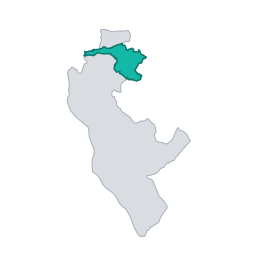 where Niari sits in Republic of the Congo, rotated 131°
{"feature_id": "COG-3345", "entity_name": "Niari", "entity_type": "Region", "adm_level": 1, "iso_a3": "COG", "parent_name": "Republic of the Congo", "parent_adm1": "", "projection": "albers", "projection_center": [12.665, -3.355], "detail": "fine", "context": "in_parent", "style": "filled", "palette": "teal", "viewbox_px": 256, "rotation_deg": 131, "n_neighbors": 0, "source": "natural_earth", "source_scale": "10m", "svg_char_len": 7917}
<svg xmlns="http://www.w3.org/2000/svg" viewBox="0 0 256 256"><g transform="rotate(131 128 128)"><path d="M54.2,191.7L55.3,188.7L56.2,187.3L57.3,186.3L61.5,183.9L62.1,184.0L65.1,187.1L66.0,187.4L67.0,187.3L68.3,187.4L68.9,186.8L69.0,186.0L68.1,185.1L67.9,184.2L68.6,183.1L68.9,182.0L69.8,180.6L69.9,180.0L69.0,179.3L67.0,178.2L65.6,177.2L65.1,176.2L65.5,175.0L66.6,173.9L66.5,173.4L65.5,172.5L64.8,171.5L64.1,170.9L62.1,170.5L62.5,169.2L63.2,167.3L63.4,165.8L62.9,161.9L62.9,161.2L63.5,160.8L64.6,161.2L65.8,161.8L69.1,161.0L70.2,160.8L71.2,161.6L72.5,162.2L80.0,160.5L80.1,158.9L80.5,157.4L80.6,156.3L80.3,155.5L79.9,155.0L79.7,153.9L79.7,152.7L80.4,152.1L82.8,150.7L83.5,150.7L85.2,151.5L86.8,152.7L88.2,155.3L89.1,157.5L90.7,160.2L93.9,161.3L97.8,162.0L99.9,161.8L103.0,159.5L104.7,157.8L105.2,156.8L106.2,157.3L107.3,159.6L108.1,160.6L108.2,161.4L107.7,162.5L108.2,163.2L110.3,163.7L112.2,163.3L113.0,162.3L114.4,161.0L114.4,160.0L113.6,159.3L113.6,158.4L114.4,157.6L115.2,155.6L115.4,154.1L116.1,153.2L117.5,152.5L118.0,151.9L118.8,148.4L118.4,147.2L118.4,146.1L119.3,144.8L119.4,142.6L118.6,133.9L119.9,127.0L119.8,126.1L118.8,125.0L117.6,124.0L114.6,123.2L113.4,121.9L112.5,120.6L111.9,120.1L108.5,119.6L107.8,118.8L108.1,116.6L108.4,113.4L108.2,111.1L108.8,109.3L109.5,107.9L111.0,106.4L111.8,104.7L112.2,104.3L115.1,104.0L116.1,103.3L116.9,102.6L117.2,101.6L118.2,100.0L119.1,98.9L119.2,98.2L119.0,97.2L118.1,95.2L117.1,93.5L116.5,92.9L115.3,88.9L114.1,88.0L111.8,87.5L107.6,87.0L105.1,87.7L101.2,89.1L96.2,90.5L95.1,90.4L94.6,89.7L95.3,89.2L95.7,88.0L95.2,86.3L94.5,84.7L94.1,82.5L94.2,79.8L95.0,77.2L96.5,73.9L96.6,72.5L106.1,72.6L116.2,72.5L120.1,72.6L122.0,71.8L123.8,73.1L124.6,73.4L124.9,73.3L125.6,74.2L127.8,74.1L128.2,74.3L128.4,75.4L130.4,75.4L131.4,75.7L132.2,75.7L133.4,75.0L134.3,75.2L135.8,76.1L136.9,76.8L138.5,76.6L142.1,76.7L144.9,77.4L147.6,79.3L149.5,80.4L151.1,82.1L151.7,81.8L152.6,81.2L152.6,79.8L151.7,77.4L151.4,75.3L151.6,73.7L152.3,72.5L153.5,71.8L153.6,70.5L159.3,59.5L159.1,58.3L159.2,56.4L159.5,54.3L159.5,53.0L159.9,52.2L161.3,47.2L162.1,46.4L163.4,45.8L165.2,45.8L169.9,45.4L174.3,44.6L175.7,44.3L178.5,43.0L179.5,42.9L180.5,43.4L185.8,45.0L187.2,45.6L187.7,45.5L188.5,45.6L189.8,45.6L191.0,45.5L191.8,45.6L192.7,46.6L193.4,46.5L194.2,45.8L195.9,45.1L198.9,44.3L199.4,44.7L200.5,46.5L201.6,47.1L201.8,50.5L199.2,57.9L193.6,67.8L190.8,75.7L190.8,81.4L190.5,85.0L189.6,87.2L187.4,93.2L187.0,98.3L187.8,104.6L187.0,110.5L184.7,116.1L183.7,120.5L184.3,125.8L180.1,130.3L174.9,134.6L171.5,135.9L168.9,137.4L167.1,139.0L165.1,142.0L162.0,148.3L160.3,151.1L158.2,153.4L155.1,156.3L153.9,157.7L153.5,159.7L153.6,163.3L153.9,174.4L152.5,182.9L149.4,188.9L147.1,192.2L144.8,193.2L141.7,194.0L140.3,195.2L139.4,196.8L137.7,198.2L135.2,199.5L132.1,202.5L128.2,207.3L125.6,210.0L124.2,210.7L122.8,210.8L121.3,210.2L120.0,210.1L119.4,210.4L118.4,209.7L118.4,208.6L118.3,206.8L117.5,204.9L119.2,202.2L119.1,201.6L118.3,200.6L117.4,199.3L116.6,199.3L114.8,200.4L113.0,201.2L111.3,201.6L109.2,202.9L108.1,202.9L107.4,202.4L106.0,201.9L105.3,202.1L104.8,202.3L104.5,205.5L104.2,206.9L103.7,207.5L101.6,208.2L100.2,209.2L98.9,209.8L98.2,209.6L95.1,207.2L93.5,205.2L92.5,205.2L92.2,205.8L91.7,205.5L90.2,204.2L88.5,202.1L87.8,201.8L86.9,201.8L85.3,202.6L83.8,203.8L81.0,204.9L78.8,205.5L78.6,206.3L78.0,207.6L77.3,208.4L75.2,208.6L74.5,209.8L72.8,212.1L71.6,213.1L71.3,212.6L70.6,212.1L69.1,210.4L67.7,208.2L67.3,207.2L66.9,206.6L66.9,204.5L64.7,201.9L59.4,197.3L58.8,195.9L54.2,191.7Z" fill="#d9dde1" stroke="#a8b0b8" stroke-width="1"/><path d="M98.5,210.7L98.1,209.9L97.9,209.2L97.6,208.8L97.4,208.6L96.2,208.2L95.8,208.0L94.9,207.2L94.4,206.8L94.2,206.6L93.9,206.0L93.6,205.5L93.4,205.2L93.0,204.7L92.5,204.7L92.2,205.2L92.2,205.8L91.3,205.4L90.1,203.8L89.3,203.2L88.9,202.8L88.5,201.8L88.3,201.4L88.0,201.3L87.7,201.3L87.2,201.5L86.9,201.4L86.6,201.2L85.9,200.5L85.6,200.2L85.4,200.0L85.1,199.9L84.9,199.8L84.7,199.8L83.4,199.9L83.1,199.8L82.8,199.6L82.1,198.7L82.0,198.4L81.9,198.2L81.9,197.9L82.1,197.0L82.1,196.9L82.0,196.7L81.9,196.5L81.7,196.2L80.1,194.3L79.9,194.2L79.7,194.1L79.0,193.9L78.9,193.8L78.9,193.7L78.9,193.4L78.8,193.2L78.5,193.1L78.1,193.0L77.9,192.9L77.5,192.9L77.0,192.7L76.5,192.6L75.9,192.4L75.5,192.4L75.4,192.3L75.3,192.2L75.3,191.9L75.2,191.7L74.9,191.5L74.5,191.3L73.9,191.1L73.3,191.1L73.1,191.0L72.4,190.7L69.8,188.8L69.2,188.5L68.8,188.5L68.6,188.4L68.1,187.7L68.4,187.5L68.9,187.2L69.2,186.8L69.4,186.4L69.2,185.9L68.8,185.7L68.4,185.6L68.0,185.3L67.8,184.9L67.8,184.5L69.0,181.8L69.2,181.4L70.1,180.7L70.3,180.3L70.1,179.7L69.4,179.3L68.4,179.1L67.7,178.7L66.9,178.1L66.5,177.8L65.4,177.4L65.3,177.2L65.1,177.1L65.1,176.9L65.1,175.5L65.2,175.2L65.5,174.7L65.9,174.6L66.4,174.5L66.9,174.2L66.9,173.8L66.6,173.4L65.1,171.8L64.4,170.8L64.1,170.4L63.7,170.3L63.1,170.5L62.3,171.0L62.0,171.1L61.9,170.6L62.1,169.9L62.1,169.7L63.6,167.4L63.7,166.9L63.8,166.5L63.8,166.1L63.7,165.6L63.5,165.2L63.0,164.4L62.9,163.9L62.9,163.6L63.0,162.5L63.0,162.1L62.5,160.9L62.7,160.6L63.5,160.6L64.4,160.9L64.7,161.0L64.8,161.2L64.9,161.3L65.1,161.5L65.7,162.0L66.1,162.2L66.4,162.2L66.7,162.0L67.4,161.4L67.8,161.2L68.5,161.1L69.4,160.8L70.0,160.5L70.5,160.9L71.2,161.7L71.8,162.2L72.4,162.2L80.2,160.5L80.0,160.1L80.1,159.5L80.4,158.8L80.5,158.2L80.4,157.4L80.4,157.1L80.6,156.8L80.9,156.3L81.0,155.9L80.2,155.6L79.8,155.0L79.7,154.2L79.5,152.1L79.6,151.8L79.8,151.8L80.0,152.1L80.4,152.5L80.7,152.6L81.0,152.5L81.1,152.3L81.1,152.0L81.1,151.9L81.3,151.6L81.5,151.4L82.4,150.7L82.6,150.7L83.6,150.6L84.4,151.0L85.7,151.9L85.8,152.0L86.7,152.2L87.0,152.5L87.2,153.0L87.6,154.4L87.8,154.8L88.2,155.2L88.3,155.4L88.4,155.8L88.4,156.0L88.8,156.2L88.8,156.3L88.7,156.5L88.5,156.8L88.6,157.0L88.8,157.2L88.9,157.3L88.9,157.6L89.0,157.9L89.3,157.9L89.8,157.6L89.9,157.8L90.3,158.4L90.5,158.6L90.6,159.2L90.6,159.3L90.8,159.5L91.0,159.5L90.9,159.9L90.8,160.1L90.7,160.3L90.6,160.6L90.6,160.8L90.3,161.1L90.2,161.3L90.5,161.4L90.7,161.1L90.8,161.3L91.0,161.4L91.4,161.3L91.5,161.3L91.8,161.3L91.8,161.5L91.6,162.6L91.6,165.9L91.8,168.7L91.9,169.0L92.3,169.9L92.3,170.1L92.1,170.3L91.8,170.3L91.6,170.4L91.4,170.6L91.2,170.7L90.9,170.8L90.8,171.0L91.0,171.5L91.1,171.8L91.2,172.0L91.3,172.1L91.7,172.2L92.0,172.2L92.2,172.3L93.1,173.0L93.3,173.3L93.4,173.5L93.1,174.4L92.9,175.3L92.9,176.5L92.7,176.9L92.0,177.6L91.5,177.9L91.3,178.0L91.1,178.3L90.8,178.4L90.7,178.4L90.5,178.5L90.1,178.7L89.9,178.7L89.5,178.6L89.4,178.6L89.3,178.8L89.3,179.3L89.2,179.5L88.8,179.3L88.7,179.3L88.3,179.5L88.1,179.6L87.9,179.6L87.7,179.5L87.6,179.4L87.4,179.4L87.1,179.4L87.1,179.5L86.7,179.6L86.4,179.7L85.8,179.6L85.5,179.6L85.4,179.6L85.2,179.7L84.9,179.9L84.6,180.0L84.4,180.2L84.4,180.3L84.2,181.2L84.0,181.5L83.9,181.6L83.7,181.7L83.4,181.7L83.2,181.8L83.0,182.1L83.3,182.3L83.1,182.6L83.3,182.7L83.5,182.8L83.5,183.0L83.6,183.3L83.8,183.4L84.0,183.4L84.1,184.1L83.6,184.5L83.4,184.7L83.4,184.9L83.3,185.0L83.3,185.6L83.5,186.6L83.7,187.1L83.7,187.3L83.6,187.6L83.6,187.9L83.6,188.1L83.9,188.6L83.7,188.8L83.4,189.0L83.2,189.3L83.1,189.6L83.1,189.8L83.8,190.2L84.1,190.5L84.3,190.6L84.7,191.2L85.4,192.4L86.5,193.6L87.5,194.4L87.9,194.8L88.2,195.2L88.5,195.9L89.2,196.9L90.6,199.6L90.8,199.9L91.0,199.9L91.2,200.0L91.4,200.2L91.7,200.5L91.9,200.7L92.1,200.8L92.4,200.8L92.7,200.8L92.8,200.8L93.0,200.8L93.3,200.8L93.6,200.9L93.7,201.0L94.0,200.9L94.4,201.1L94.6,201.1L94.9,201.1L95.2,201.3L95.5,201.3L95.8,201.4L96.2,201.8L97.0,203.0L97.2,203.3L97.3,203.6L97.5,203.9L97.7,204.2L97.9,204.5L98.1,204.7L98.2,204.9L98.3,205.0L98.3,205.3L98.4,205.6L98.5,205.7L98.6,205.8L98.9,205.9L99.1,205.9L100.5,206.9L101.3,207.3L101.6,207.5L101.8,207.6L101.9,207.8L102.0,207.9L102.0,208.1L102.1,208.7L102.0,208.8L101.7,208.7L101.4,208.3L101.1,208.2L100.9,208.2L100.2,208.6L100.4,208.7L100.5,208.9L100.5,209.1L100.2,209.2L99.2,209.9L98.7,210.6L98.5,210.7Z" fill="#14b8a6" stroke="#0f766e" stroke-width="1.5"/></g></svg>